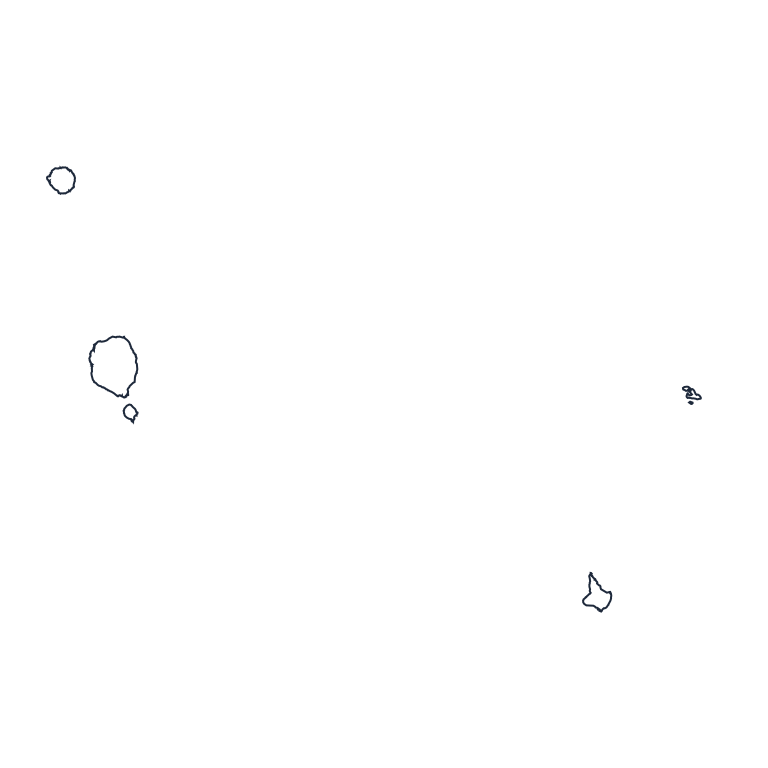 Kota Ternate, Maluku Utara, Indonesia (Robinson projection), rotated 174°
{"feature_id": "22746128B36781349389855", "entity_name": "Kota Ternate", "entity_type": "district", "adm_level": 2, "iso_a3": "IDN", "parent_name": "Indonesia", "parent_adm1": "Maluku Utara", "projection": "robinson", "projection_center": [127.204, 0.893], "detail": "fine", "context": "isolated", "style": "outline", "palette": "slate", "viewbox_px": 768, "rotation_deg": 174, "n_neighbors": 0, "source": "geoboundaries", "source_scale": "gbopen_adm2", "svg_char_len": 6048}
<svg xmlns="http://www.w3.org/2000/svg" viewBox="0 0 768 768"><g transform="rotate(174 384 384)"><path d="M644.1,398.0L643.9,397.7L643.7,397.7L643.4,398.0L642.6,397.9L642.3,398.7L641.6,398.5L641.4,399.0L641.5,399.6L641.0,399.9L640.5,400.6L640.2,399.7L639.6,399.7L639.5,400.8L640.0,401.5L639.5,402.2L639.3,403.2L639.6,405.2L639.4,405.6L638.9,406.4L637.7,407.4L637.3,408.3L636.9,408.7L633.4,411.4L631.8,412.0L630.9,417.1L630.6,417.5L630.5,418.3L629.8,419.3L629.8,419.6L629.3,420.5L628.6,420.9L628.8,421.8L628.3,422.8L627.8,424.5L627.7,429.7L628.0,430.5L628.4,431.0L628.5,431.8L628.0,433.8L627.3,435.6L627.8,436.2L628.0,437.2L627.7,437.4L628.0,438.6L627.9,439.1L628.7,439.5L628.8,440.4L629.9,441.5L629.9,442.9L630.5,443.9L630.7,444.8L631.7,446.0L631.6,447.0L632.0,447.8L632.1,449.0L632.6,450.1L632.6,450.9L633.5,452.8L635.0,454.7L636.9,456.5L637.1,457.0L637.9,457.5L637.7,458.1L637.8,458.1L638.0,457.5L638.5,457.3L642.1,458.8L642.7,458.6L643.4,458.8L645.0,458.8L645.5,458.4L649.0,459.5L652.7,458.0L654.7,456.6L655.7,456.2L657.9,455.7L660.2,455.6L660.9,455.7L661.8,456.3L662.2,456.0L663.2,456.2L664.4,455.8L665.2,455.0L665.8,454.7L666.0,454.5L666.0,454.2L666.3,453.9L666.8,453.6L667.1,453.9L667.3,453.8L666.8,453.6L667.7,452.7L667.8,452.8L668.0,452.4L667.9,452.4L667.8,452.0L667.9,451.8L668.1,452.1L668.3,451.7L668.1,451.8L667.9,451.7L668.1,451.3L668.3,451.5L668.3,451.1L668.3,451.3L668.1,451.2L668.1,450.8L668.4,450.7L668.4,450.1L668.7,450.0L668.4,449.6L668.8,449.0L668.9,448.1L669.1,448.5L669.3,448.2L669.5,448.6L669.8,448.6L670.0,448.2L671.6,447.2L672.1,446.7L672.7,444.9L673.0,445.0L672.8,445.6L673.2,444.5L672.9,444.0L673.1,442.4L673.5,442.4L673.1,442.3L673.3,441.9L673.7,441.6L674.4,440.0L674.3,439.8L674.0,439.8L674.3,439.7L674.1,438.1L673.7,438.2L674.2,438.0L674.1,437.5L673.9,436.8L673.7,436.9L672.9,434.5L672.1,434.2L672.1,433.8L672.8,433.6L672.5,433.3L672.6,433.2L672.4,433.2L672.6,433.0L672.4,432.2L672.6,431.9L672.4,431.7L672.8,431.3L672.8,430.4L673.0,430.1L672.9,429.3L673.0,429.0L673.1,426.9L673.7,425.9L673.9,425.1L673.8,423.0L673.1,418.6L672.1,417.0L672.1,416.2L671.8,415.9L671.3,415.8L670.5,415.2L668.8,413.0L667.7,412.1L665.7,411.3L664.5,410.1L663.2,410.0L662.5,409.1L661.6,408.8L660.9,407.8L660.5,407.7L659.8,407.4L659.1,406.5L658.8,406.6L656.8,405.2L656.0,404.9L653.4,402.9L650.4,399.8L650.0,399.6L649.7,400.0L649.3,399.8L648.4,400.5L647.7,400.4L647.5,400.0L646.4,399.3L645.8,399.9L645.8,399.0L644.1,398.0ZM681.2,606.8L680.1,607.2L679.4,607.7L678.5,607.8L677.2,608.7L677.1,609.0L676.8,608.8L676.8,609.2L676.3,608.8L675.8,608.9L675.1,610.0L674.2,610.5L673.5,611.4L673.2,611.7L672.4,611.7L671.8,612.3L671.7,613.0L672.0,613.3L671.8,614.6L670.6,617.8L670.3,618.0L670.2,619.9L669.8,621.1L670.2,623.5L670.6,623.8L670.5,624.2L670.8,625.3L671.2,625.8L671.4,625.7L672.0,626.7L672.9,629.1L673.9,629.6L673.9,629.3L674.1,629.3L674.5,629.6L674.5,629.3L674.2,628.8L674.3,628.7L674.6,629.3L675.2,629.8L674.9,630.1L675.5,630.4L676.2,631.4L676.4,631.0L677.2,632.1L678.1,632.7L680.8,632.8L680.9,633.0L681.4,632.8L681.9,632.9L682.9,632.7L683.0,632.8L683.0,632.6L683.5,632.8L683.9,632.5L685.2,632.6L685.5,632.3L688.4,632.9L692.0,630.8L692.3,630.2L692.3,629.2L693.5,628.6L693.5,628.3L693.2,628.1L693.3,627.8L694.3,627.5L694.4,627.8L694.3,627.5L694.5,627.0L694.4,626.4L694.5,626.2L694.2,625.8L694.5,625.5L695.3,625.4L695.7,625.6L697.0,625.3L697.3,625.0L697.6,624.3L697.4,622.7L696.4,621.6L696.2,620.7L695.5,621.0L695.7,620.6L695.6,620.2L695.1,620.1L695.0,619.4L695.3,619.1L695.5,618.6L694.6,616.5L694.2,616.5L693.8,616.1L694.1,615.7L693.8,616.0L693.6,615.8L692.7,614.1L690.6,611.6L688.4,610.6L687.7,609.5L687.6,608.8L687.8,608.7L687.5,607.8L686.2,607.5L685.9,607.1L685.5,607.4L682.7,607.0L682.2,607.2L681.2,606.8ZM193.9,137.7L193.3,137.5L192.8,136.7L193.0,136.5L193.6,136.4L193.6,136.0L191.8,135.0L191.1,135.6L190.6,136.6L189.6,137.5L188.6,138.1L188.0,137.8L186.4,138.4L185.4,139.3L184.6,140.4L183.8,141.0L183.8,141.4L181.5,144.8L180.6,147.0L180.5,148.3L180.1,149.5L180.1,150.8L180.6,151.7L180.2,151.7L180.2,151.9L180.8,153.6L181.7,153.6L182.2,153.4L184.2,153.2L189.6,157.2L190.0,158.9L189.9,160.2L190.4,161.0L191.2,161.3L193.0,163.3L192.6,164.3L192.7,164.7L193.8,166.2L194.3,167.8L194.5,167.8L194.8,167.2L195.1,167.3L194.9,168.2L196.4,169.9L196.9,171.3L197.4,171.3L197.5,171.7L197.8,171.9L197.9,172.7L197.2,173.5L197.8,174.4L198.2,174.5L198.2,173.9L199.8,171.9L200.0,171.2L199.7,169.3L199.6,166.1L200.2,164.9L200.2,163.9L200.7,163.2L200.9,160.8L200.5,158.3L201.0,156.8L200.8,155.6L200.3,154.7L201.0,153.9L202.3,153.4L202.8,152.8L204.3,151.8L205.2,150.8L205.7,150.9L206.6,149.9L208.0,149.0L208.1,148.5L208.6,148.0L208.7,146.0L207.9,144.4L205.9,142.7L198.9,141.6L197.3,140.4L196.9,139.6L195.0,139.0L194.6,138.5L195.0,137.6L194.9,137.4L193.9,137.7ZM638.4,373.0L637.9,372.8L637.8,373.1L637.7,372.9L637.5,373.2L637.4,373.0L637.2,374.3L636.6,374.5L635.9,375.3L635.8,375.7L636.1,376.4L635.7,377.7L634.3,378.8L633.8,378.9L633.4,378.6L633.2,379.8L632.4,380.2L632.1,381.4L632.6,381.8L633.1,381.9L633.4,382.2L633.6,383.8L634.2,385.2L636.4,387.6L636.8,388.4L637.3,388.8L637.7,389.6L639.5,390.2L642.1,389.2L644.0,387.3L644.5,387.0L645.1,386.0L645.1,385.3L645.8,384.5L645.5,383.3L645.7,382.2L645.4,381.8L645.2,380.1L644.8,379.2L643.3,377.5L641.3,376.1L638.9,375.4L638.5,374.7L639.0,374.3L638.9,373.7L638.4,373.0ZM74.3,336.1L73.5,336.0L72.9,336.2L70.7,336.3L70.4,336.7L70.4,337.5L71.4,339.4L72.7,340.5L73.8,340.8L74.2,340.5L75.1,341.4L76.3,345.0L77.4,346.4L77.8,346.7L78.9,346.6L81.6,349.3L83.0,349.7L85.6,349.6L87.1,348.8L87.1,347.7L86.8,347.1L85.7,346.7L84.4,345.6L83.2,345.7L81.6,345.2L81.3,345.5L81.4,345.8L82.2,346.2L82.2,346.5L81.7,346.9L81.5,346.4L80.9,346.5L80.6,345.9L79.6,345.5L79.7,345.2L80.7,344.9L80.8,344.2L78.8,341.4L79.6,340.9L81.0,340.8L82.3,341.5L82.9,343.0L83.3,342.8L84.4,340.3L84.2,339.3L83.5,338.4L82.9,338.4L82.6,338.7L82.3,338.7L81.6,338.2L80.5,338.1L79.1,337.4L78.2,337.5L75.6,336.8L74.3,336.1ZM80.2,332.0L79.6,332.2L79.0,332.8L79.1,333.3L81.4,334.4L82.5,333.7L80.7,332.1L80.2,332.0Z" fill="none" stroke="#1e293b" stroke-width="2"/></g></svg>